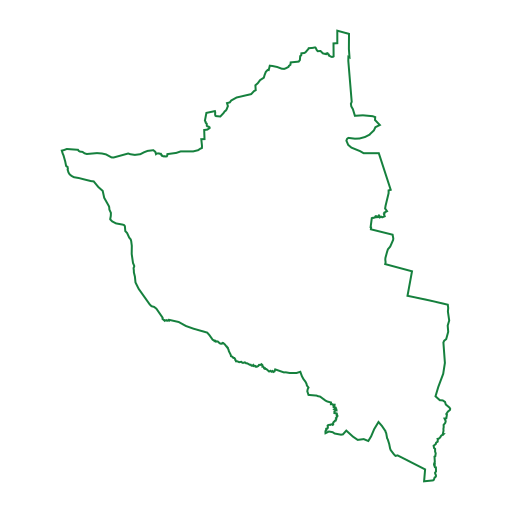 Sacadat, Bihor, Romania (Mercator projection)
{"feature_id": "2599482B67859115475061", "entity_name": "Sacadat", "entity_type": "district", "adm_level": 2, "iso_a3": "ROU", "parent_name": "Romania", "parent_adm1": "Bihor", "projection": "mercator", "projection_center": [22.149, 47.043], "detail": "fine", "context": "isolated", "style": "outline", "palette": "green", "viewbox_px": 512, "rotation_deg": 0, "n_neighbors": 0, "source": "geoboundaries", "source_scale": "gbopen_adm2", "svg_char_len": 6045}
<svg xmlns="http://www.w3.org/2000/svg" viewBox="0 0 512 512"><path d="M435.3,456.2L435.7,453.3L435.1,451.6L435.1,448.9L434.1,448.1L433.6,445.8L435.8,444.0L436.1,442.7L437.7,441.6L437.6,440.8L437.9,439.7L437.6,438.9L439.2,438.4L440.4,437.1L440.6,436.5L441.3,435.6L442.5,434.8L443.0,434.8L443.6,434.1L442.8,434.1L443.5,430.8L443.4,428.8L443.7,427.1L443.6,424.9L445.3,422.8L445.7,421.1L444.5,418.5L446.3,418.3L446.9,414.6L446.3,414.0L447.9,411.6L449.9,410.0L450.2,408.9L449.5,407.6L445.8,404.5L445.0,401.9L442.7,400.4L439.8,400.2L435.5,396.3L438.3,386.9L443.2,373.8L444.9,362.9L443.4,342.5L444.2,340.7L446.2,339.1L448.2,331.8L447.7,325.6L449.2,320.5L447.9,311.5L448.2,308.0L447.8,304.7L429.4,300.4L407.5,295.8L412.0,271.3L385.2,264.1L385.6,262.2L385.3,259.9L385.4,258.0L387.0,252.1L387.9,249.3L390.2,246.6L393.1,240.0L393.3,238.5L392.6,234.7L370.9,229.3L371.1,227.4L370.6,227.2L371.8,218.1L372.7,217.8L373.8,217.9L374.5,217.3L375.3,217.3L375.6,216.2L375.9,216.1L376.7,216.3L376.4,217.2L377.9,217.1L379.0,215.4L379.3,215.6L379.2,217.0L379.6,217.5L381.3,216.7L382.2,217.3L384.7,216.3L383.9,214.0L384.5,213.6L384.3,212.6L387.0,211.2L385.1,208.5L385.6,205.6L388.6,193.2L388.6,190.4L390.7,189.8L378.8,153.2L363.6,153.2L360.2,151.2L351.4,147.6L348.2,144.9L346.4,140.7L347.0,139.0L347.6,138.4L348.5,137.9L355.0,138.7L359.5,138.5L365.0,137.0L369.7,134.6L370.0,134.1L373.9,130.4L375.4,127.2L379.8,125.0L375.0,120.0L375.2,117.1L372.6,116.2L362.9,115.3L354.9,115.8L352.9,109.2L351.3,106.4L350.9,103.8L351.7,101.8L348.3,60.9L348.4,56.8L349.5,57.4L348.9,49.0L349.0,33.9L337.3,30.7L337.3,43.2L333.5,43.4L333.6,56.4L332.8,56.9L331.5,56.9L328.8,55.5L328.8,54.5L327.8,53.9L327.5,53.2L326.5,53.4L326.5,54.0L326.2,54.2L322.9,53.4L320.5,51.0L317.7,51.2L316.7,50.0L315.6,47.7L315.1,47.4L312.6,47.9L308.7,48.2L308.5,48.8L305.5,52.3L304.3,53.0L301.4,53.3L301.2,55.4L300.2,56.1L299.9,60.0L298.7,61.6L290.7,62.4L290.4,64.8L288.9,65.9L288.5,66.9L285.8,68.3L284.2,68.9L281.7,68.7L277.2,67.0L272.5,66.0L269.8,65.7L268.7,70.1L267.7,69.9L265.8,71.9L264.6,75.0L263.8,77.7L260.1,80.1L257.8,83.2L255.4,85.3L255.7,90.2L254.0,91.1L251.2,94.1L236.6,97.5L231.2,100.5L229.8,102.4L227.0,103.1L227.9,106.1L226.5,109.6L225.5,110.9L224.8,111.2L223.5,113.1L220.3,116.5L216.0,116.1L215.4,115.7L215.1,114.5L215.2,112.3L214.9,111.1L206.4,112.9L204.9,120.7L205.6,121.7L205.6,122.6L205.9,123.0L206.7,123.6L206.8,125.8L207.4,126.4L208.6,126.6L209.6,127.4L209.6,128.1L207.3,129.6L204.2,130.0L204.5,139.1L201.3,139.2L202.0,146.1L201.9,148.0L200.3,148.7L198.1,150.2L193.2,151.4L180.7,151.4L176.3,152.9L167.4,154.1L167.2,155.7L166.7,156.4L165.0,156.5L164.7,156.2L163.5,156.4L162.8,156.1L162.4,155.6L162.0,155.8L161.4,155.2L160.9,153.8L159.3,153.7L159.0,153.4L156.7,153.5L156.0,154.1L155.3,151.8L153.3,150.2L147.6,150.9L144.2,152.2L140.3,154.2L134.8,154.9L130.2,154.2L128.2,153.5L113.6,157.5L111.5,157.4L106.0,154.4L102.0,153.5L97.0,153.1L86.8,154.0L84.5,153.3L82.5,151.9L80.0,151.6L78.7,150.9L78.0,149.8L66.8,149.0L63.9,150.1L61.8,150.6L62.7,153.6L63.5,155.4L65.2,161.4L66.0,165.4L66.3,166.2L67.5,166.8L67.9,168.9L67.6,169.6L68.5,172.5L69.6,174.3L71.5,175.9L73.9,177.2L78.6,178.0L90.9,181.1L93.7,181.4L98.3,187.0L102.7,190.9L104.2,197.8L108.8,206.0L109.2,207.1L109.4,209.6L110.9,212.9L110.8,215.9L110.2,219.2L110.6,219.8L112.2,221.4L116.0,223.4L122.6,224.6L123.9,225.0L124.6,225.7L124.9,226.4L125.3,231.1L127.1,233.0L129.2,237.6L130.7,239.4L131.2,241.1L131.8,245.8L131.7,254.0L133.0,263.0L134.2,265.8L134.2,266.6L133.6,267.9L133.6,268.8L133.8,269.9L133.9,272.5L134.9,276.6L135.5,282.5L138.7,288.9L149.7,304.4L151.5,306.2L154.1,306.9L156.4,308.7L162.6,317.7L162.5,318.9L164.6,320.7L164.9,320.2L166.3,320.6L166.7,320.2L167.7,320.7L168.8,319.8L169.3,320.1L169.4,320.4L169.8,320.0L178.7,322.0L185.9,326.0L193.5,328.7L207.2,332.6L209.4,335.1L212.7,339.8L214.2,340.4L214.4,341.0L215.2,340.8L215.4,341.5L215.9,341.7L216.3,341.3L217.8,341.5L219.7,343.3L221.1,343.8L221.7,343.4L222.3,343.5L222.7,342.9L223.2,343.0L224.9,344.5L226.6,346.7L226.9,346.7L227.2,347.5L227.8,347.7L227.9,348.5L228.5,349.6L228.8,351.0L230.7,354.8L231.0,356.2L232.5,356.8L233.3,357.9L234.4,358.0L235.2,359.2L235.2,359.9L235.7,360.3L236.0,361.3L237.3,361.3L239.2,362.2L241.3,361.8L242.4,362.8L243.9,362.8L244.4,362.4L245.2,362.5L246.1,363.3L247.2,363.3L249.8,364.8L250.7,364.7L251.5,365.7L252.3,365.8L253.2,365.0L253.7,366.0L254.5,365.7L255.5,366.0L255.6,366.7L256.7,366.8L258.3,366.0L259.0,364.9L260.8,364.9L261.4,364.2L262.3,364.9L262.5,365.4L262.4,366.7L263.1,366.7L263.9,367.5L264.1,368.4L264.5,368.6L265.0,368.4L265.1,368.9L266.4,369.1L269.1,371.5L270.6,370.8L271.4,371.7L272.6,371.0L273.3,372.0L274.5,371.4L275.2,369.4L283.9,372.4L285.7,372.3L289.7,373.0L296.5,373.0L300.3,371.8L301.9,376.2L303.4,379.0L305.5,381.8L306.5,383.8L306.9,385.5L308.5,387.6L307.7,389.2L307.3,391.3L308.5,394.9L316.7,395.6L317.6,396.1L320.1,396.6L325.5,400.6L327.3,401.5L331.0,402.5L330.9,404.2L332.0,404.1L332.6,404.6L334.6,404.7L334.5,405.5L333.5,406.0L333.6,407.2L335.6,407.5L335.8,407.9L334.7,409.0L335.5,409.0L336.4,409.4L336.5,410.4L335.8,410.4L334.4,411.3L334.4,413.1L336.7,413.4L337.0,414.2L336.6,414.9L336.7,415.5L337.4,415.7L337.4,416.3L335.9,418.1L336.4,418.8L335.6,420.7L334.8,420.7L334.4,421.6L333.7,421.9L333.1,423.0L333.2,424.5L332.7,424.9L331.8,424.3L331.2,424.3L330.4,424.9L329.3,424.8L328.0,425.2L327.6,425.6L327.9,427.2L327.6,428.3L326.2,428.7L326.1,429.2L326.5,429.9L325.6,430.8L325.4,431.8L325.5,433.2L328.9,431.5L332.7,432.2L334.6,433.5L341.0,434.7L342.9,434.4L346.3,430.6L352.9,436.6L357.7,439.9L363.7,439.1L368.3,441.0L371.1,436.4L374.2,429.1L378.5,422.0L381.9,425.9L385.5,431.2L385.5,431.7L386.2,433.2L387.1,438.2L387.8,439.5L389.2,444.0L390.1,448.5L390.7,450.1L393.9,454.3L395.5,455.9L397.6,455.4L425.1,469.4L424.1,481.3L433.0,480.4L433.9,479.7L434.6,477.5L435.4,477.1L436.0,476.0L435.7,474.6L435.5,474.4L435.0,472.9L436.0,471.4L435.9,467.4L434.9,467.2L434.2,465.2L434.8,464.9L434.6,464.3L434.1,464.0L434.2,463.4L434.8,463.1L434.6,462.3L434.8,461.7L434.5,456.6L435.3,456.2Z" fill="none" stroke="#15803d" stroke-width="2"/></svg>